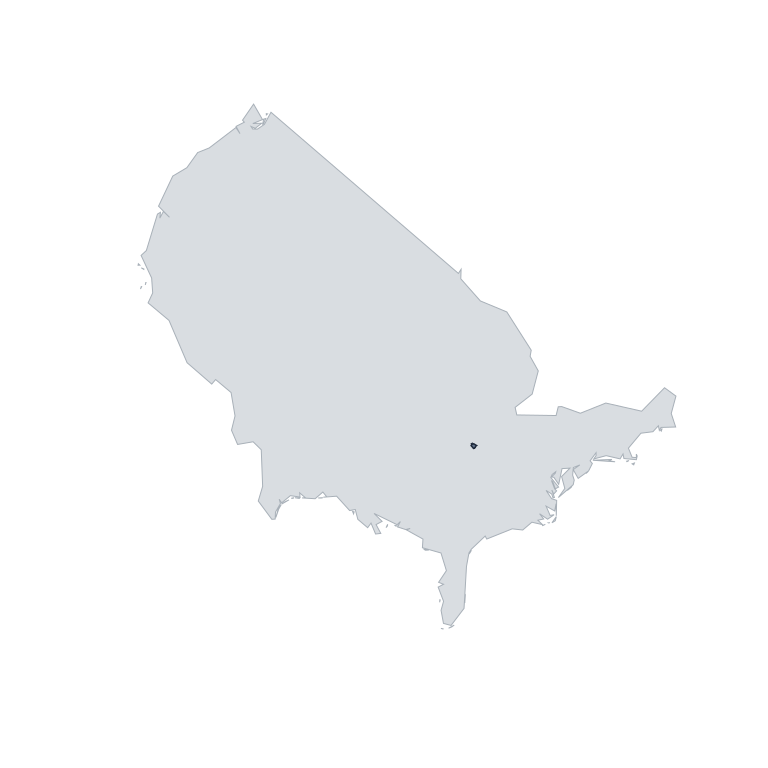 Shelby, Kentucky, United States of America (highlighted), rotated 26°
{"feature_id": "52423323B12558460234328", "entity_name": "Shelby", "entity_type": "district", "adm_level": 2, "iso_a3": "USA", "parent_name": "United States of America", "parent_adm1": "Kentucky", "projection": "albers", "projection_center": [-85.196, 38.198], "detail": "fine", "context": "in_parent", "style": "filled", "palette": "slate", "viewbox_px": 768, "rotation_deg": 26, "n_neighbors": 0, "source": "geoboundaries", "source_scale": "gbopen_adm2", "svg_char_len": 4197}
<svg xmlns="http://www.w3.org/2000/svg" viewBox="0 0 768 768"><g transform="rotate(26 384 384)"><path d="M591.7,303.9L627.5,295.5L637.8,264.4L651.7,266.9L655.1,284.6L665.0,294.8L652.0,301.6L651.8,305.0L648.9,301.3L646.6,309.0L636.5,315.6L631.8,334.5L639.1,341.1L643.1,339.5L641.5,336.4L643.1,337.7L644.0,341.4L632.3,345.8L629.5,342.1L629.0,347.8L615.1,351.0L605.4,359.4L606.0,355.3L604.7,352.8L602.9,362.7L606.1,364.1L606.0,372.4L599.9,383.7L591.6,378.0L595.5,370.9L590.8,376.1L593.5,383.2L597.1,387.0L598.2,391.6L590.5,409.6L592.3,398.6L584.2,389.3L588.0,378.1L581.1,382.0L585.0,397.6L577.6,393.4L575.3,394.1L577.1,389.0L576.8,387.5L574.8,391.6L574.9,394.9L586.1,400.1L583.9,403.1L578.7,398.0L576.8,397.3L583.3,403.4L586.0,404.4L584.8,408.5L581.3,405.7L586.9,411.3L585.8,412.2L583.0,409.4L576.3,408.6L585.0,413.6L590.2,412.9L596.6,426.9L591.1,416.2L593.1,423.3L583.2,422.7L590.9,429.3L594.2,426.9L590.3,433.8L580.7,432.4L586.7,435.3L582.0,439.0L588.1,440.9L577.5,443.4L572.7,454.4L562.7,458.0L544.3,478.3L541.6,476.3L534.9,494.2L534.4,498.6L538.1,511.8L554.3,550.6L550.1,571.6L542.4,573.1L534.5,562.4L532.8,553.2L521.7,542.8L525.3,537.9L520.0,538.3L521.9,524.4L509.3,510.9L490.3,514.3L487.0,506.3L468.3,505.3L470.8,502.3L467.4,505.3L458.9,506.5L459.0,500.4L457.5,504.7L431.8,504.7L442.5,508.3L438.5,513.8L446.6,519.7L442.2,522.5L433.3,514.7L432.3,520.3L419.8,517.1L413.2,509.4L408.6,512.8L390.6,505.6L379.0,512.4L382.0,510.5L376.4,507.9L372.4,517.3L360.3,522.3L363.2,520.7L355.9,518.8L358.1,522.4L348.8,525.4L344.1,535.7L340.3,533.5L343.3,536.8L342.6,546.7L345.4,553.1L342.5,554.8L322.3,544.3L319.8,529.2L302.5,496.9L291.7,493.3L278.9,502.5L267.2,492.4L264.1,478.0L250.3,458.7L230.7,453.8L229.2,459.6L197.7,451.2L162.9,421.1L136.4,414.5L136.2,403.6L128.7,390.6L109.3,374.9L111.9,368.2L105.9,330.6L107.8,327.7L109.8,333.2L110.1,325.6L118.1,328.2L103.4,323.0L103.0,289.7L112.0,276.0L115.1,257.6L123.4,248.5L138.5,218.4L144.8,222.1L138.1,217.3L143.7,209.9L141.2,208.9L144.1,189.6L158.9,199.6L151.9,207.4L159.8,203.2L156.2,210.6L151.6,210.8L154.2,212.4L158.5,210.4L162.7,203.1L163.3,189.3L402.4,252.0L403.0,247.1L406.9,255.8L434.2,267.1L462.8,265.4L501.5,289.1L503.2,295.1L516.9,304.6L521.6,328.1L512.1,347.5L516.9,353.6L552.5,336.9L550.6,328.1L553.6,326.4L573.3,324.2L591.7,303.9ZM619.8,354.4L625.8,352.6L605.1,361.0L621.9,351.9L619.8,354.4ZM161.4,197.2L161.6,202.9L161.1,203.6L159.7,198.7L161.4,197.2ZM345.3,551.4L343.6,542.4L344.5,537.5L344.2,542.7L345.3,551.4ZM653.5,302.0L653.9,304.8L652.9,304.4L653.5,302.0ZM413.2,512.0L413.6,514.1L411.6,512.3L413.2,512.0ZM114.9,386.0L117.8,385.9L117.9,386.3L114.9,386.0ZM112.5,384.2L110.9,385.1L110.5,383.6L112.5,384.2ZM637.8,345.4L636.4,347.3L635.9,347.0L637.8,345.4ZM346.7,533.2L344.6,536.9L349.4,529.8L346.7,533.2ZM549.5,537.8L552.6,545.4L548.9,537.1L549.5,537.8ZM125.6,397.1L126.0,399.6L125.4,397.2L125.6,397.1ZM551.4,572.6L549.1,575.2L552.8,569.9L551.4,572.6ZM597.9,431.8L595.8,435.1L597.0,427.6L597.9,431.8ZM160.9,192.3L160.3,193.7L159.7,192.6L160.9,192.3ZM358.0,524.0L353.7,525.3L358.2,523.4L358.0,524.0ZM643.7,345.2L643.9,347.2L642.0,347.0L643.7,345.2ZM123.5,402.7L123.5,405.4L123.1,402.8L123.5,402.7ZM352.5,526.6L350.7,527.4L352.4,526.0L352.5,526.6ZM597.5,395.0L595.4,399.4L597.7,393.4L597.5,395.0ZM377.6,514.0L374.8,515.3L378.9,513.0L377.6,514.0ZM535.4,496.3L535.1,499.5L534.7,497.3L535.4,496.3ZM589.0,441.4L588.2,442.1L590.5,439.4L589.0,441.4ZM497.1,513.6L493.9,515.3L492.7,515.0L497.1,513.6ZM457.7,505.9L457.1,506.5L455.3,506.3L457.7,505.9ZM529.2,553.6L529.7,555.8L528.6,553.1L529.2,553.6ZM449.3,510.1L448.8,512.2L448.8,508.5L449.3,510.1ZM544.2,578.4L542.3,578.7L544.9,578.0L544.2,578.4ZM605.6,373.9L604.7,376.0L605.8,373.0L605.6,373.9ZM593.9,435.9L592.9,436.7L592.7,436.7L593.9,435.9Z" fill="#d9dde1" stroke="#a8b0b8" stroke-width="1"/><path d="M492.7,402.7L492.9,402.6L493.0,402.4L493.3,402.2L493.2,402.1L493.4,401.6L493.5,401.5L493.6,401.3L493.8,401.0L493.7,400.8L493.8,400.2L493.8,399.5L494.2,398.7L493.8,398.7L490.8,398.4L490.4,399.0L490.1,399.1L489.7,399.1L489.5,399.3L489.4,399.1L489.3,399.3L489.1,399.1L488.9,399.4L489.5,399.6L489.3,401.2L491.3,402.0L491.7,402.2L492.7,402.7Z" fill="#64748b" stroke="#1e293b" stroke-width="1.5"/></g></svg>